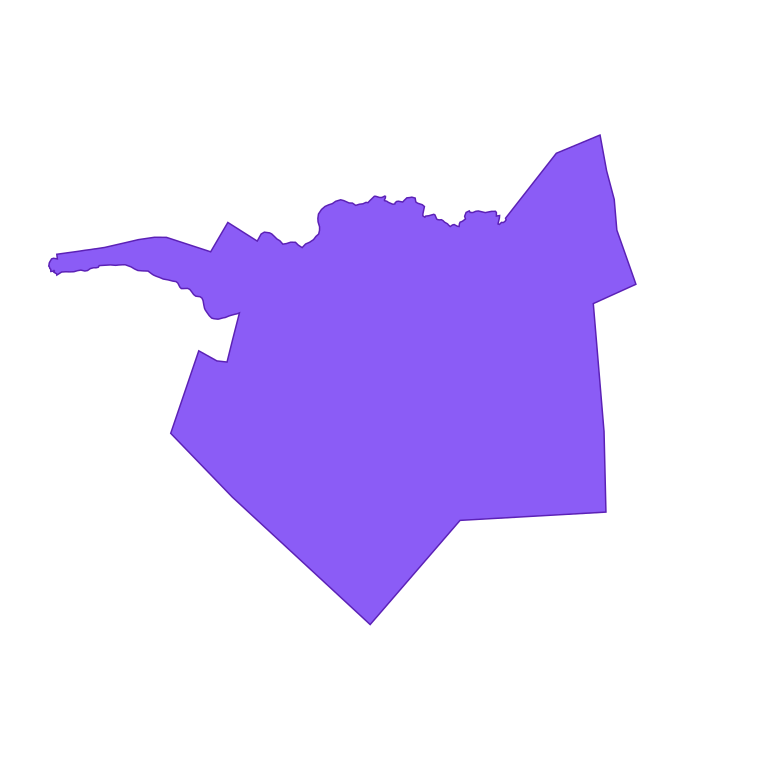 San Jerónimo Taviche, Oaxaca, Mexico, rotated 342°
{"feature_id": "50627088B38398266260275", "entity_name": "San Jerónimo Taviche", "entity_type": "district", "adm_level": 2, "iso_a3": "MEX", "parent_name": "Mexico", "parent_adm1": "Oaxaca", "projection": "orthographic", "projection_center": [-96.586, 16.703], "detail": "fine", "context": "isolated", "style": "filled", "palette": "violet", "viewbox_px": 768, "rotation_deg": 342, "n_neighbors": 0, "source": "geoboundaries", "source_scale": "gbopen_adm2", "svg_char_len": 2967}
<svg xmlns="http://www.w3.org/2000/svg" viewBox="0 0 768 768"><g transform="rotate(342 384 384)"><path d="M112.9,159.5L112.0,164.1L108.6,162.3L106.5,162.3L104.1,164.4L103.0,165.5L102.1,167.4L101.6,168.2L102.0,169.4L101.9,170.9L102.5,171.9L101.9,174.0L104.4,174.5L105.2,174.1L105.5,174.7L104.6,175.7L106.7,178.1L106.5,179.3L108.5,178.8L112.0,177.9L116.0,178.9L119.6,180.2L123.8,181.4L127.5,181.5L130.9,182.0L134.4,184.1L137.1,184.5L140.4,183.5L143.8,183.7L146.1,184.5L148.3,184.7L149.8,183.4L160.6,186.2L165.4,188.2L168.7,188.9L172.1,189.8L174.7,190.6L179.7,194.5L182.2,197.4L185.0,200.0L189.1,201.7L194.5,203.7L197.2,207.6L198.4,209.1L200.6,211.1L203.6,213.4L206.4,215.9L210.9,218.3L214.8,220.8L217.9,222.4L219.1,224.3L219.8,228.8L220.7,230.6L222.9,231.3L226.8,232.4L228.5,234.0L229.3,236.1L230.6,240.1L232.1,242.3L236.1,244.2L237.4,246.1L237.7,248.7L237.1,252.8L236.7,256.4L236.9,258.4L237.8,261.5L238.9,265.0L240.5,268.1L242.3,269.3L245.6,270.8L246.5,271.1L247.4,271.2L249.7,271.3L251.7,271.4L253.4,271.7L255.0,271.6L257.3,271.4L259.2,271.4L261.7,271.5L263.9,271.6L265.4,271.8L267.1,271.8L268.5,271.7L253.8,294.9L241.5,314.6L232.2,310.4L218.1,295.2L165.9,365.0L204.8,444.7L296.5,608.5L414.2,537.2L480.6,554.7L555.5,574.4L578.7,496.8L578.9,495.8L607.9,372.2L654.4,367.0L654.3,361.7L653.0,309.6L660.0,279.6L661.6,250.0L666.4,214.0L666.0,214.0L619.2,217.8L550.8,263.9L550.8,265.6L549.2,266.8L547.3,267.3L545.7,266.6L543.0,267.9L541.9,267.0L545.1,261.7L546.0,259.5L542.8,259.0L543.9,255.6L543.4,254.2L539.5,253.0L533.3,252.3L527.2,248.6L524.7,248.1L521.5,248.4L519.0,247.5L518.6,245.7L515.1,246.2L512.5,249.4L512.5,252.2L508.7,253.5L506.4,253.6L505.3,254.8L504.1,257.4L502.6,256.7L500.0,254.0L498.3,253.9L495.6,254.7L494.5,252.8L493.9,251.3L492.9,250.2L491.6,248.8L490.7,247.0L489.4,245.5L487.3,245.0L485.8,244.2L485.1,243.4L484.7,238.9L483.8,238.0L478.6,237.8L475.5,237.2L474.4,238.0L472.9,236.0L473.6,234.2L477.3,227.7L475.8,225.3L471.8,222.4L470.5,220.6L471.1,216.8L468.2,214.9L465.9,214.6L463.3,214.0L460.2,215.5L458.0,216.7L454.2,214.6L452.4,214.3L450.7,215.0L450.0,216.1L448.0,215.8L444.4,212.7L443.1,211.0L441.2,209.8L441.3,209.0L442.8,207.5L443.4,206.0L442.8,205.5L440.8,205.8L439.6,205.9L438.5,205.6L437.4,205.2L434.1,202.9L432.8,202.5L426.9,205.4L424.8,206.6L423.0,205.7L419.6,206.1L416.1,205.4L412.3,205.4L409.9,202.2L406.7,201.0L402.5,197.2L399.7,195.4L394.5,195.3L390.6,196.5L386.7,196.5L382.8,196.9L378.5,198.7L374.2,202.1L372.3,206.0L371.4,209.4L371.3,214.6L370.2,217.9L368.2,221.2L364.9,222.6L361.6,224.9L357.0,226.2L352.7,226.6L348.3,229.0L345.4,225.4L343.6,221.9L339.1,220.3L334.6,220.3L331.0,219.7L329.3,215.7L327.0,213.0L325.3,209.7L323.6,206.6L321.9,204.9L317.1,202.6L313.5,203.4L307.6,208.9L285.4,182.1L260.0,204.7L222.4,177.3L211.0,173.5L195.0,170.8L184.2,169.9L160.5,167.8L154.4,166.8L151.4,166.3L150.6,166.1L146.7,165.5L140.9,164.4L135.3,163.5L129.6,162.5L123.0,161.3L112.9,159.5Z" fill="#8b5cf6" stroke="#5b21b6" stroke-width="1.5"/></g></svg>